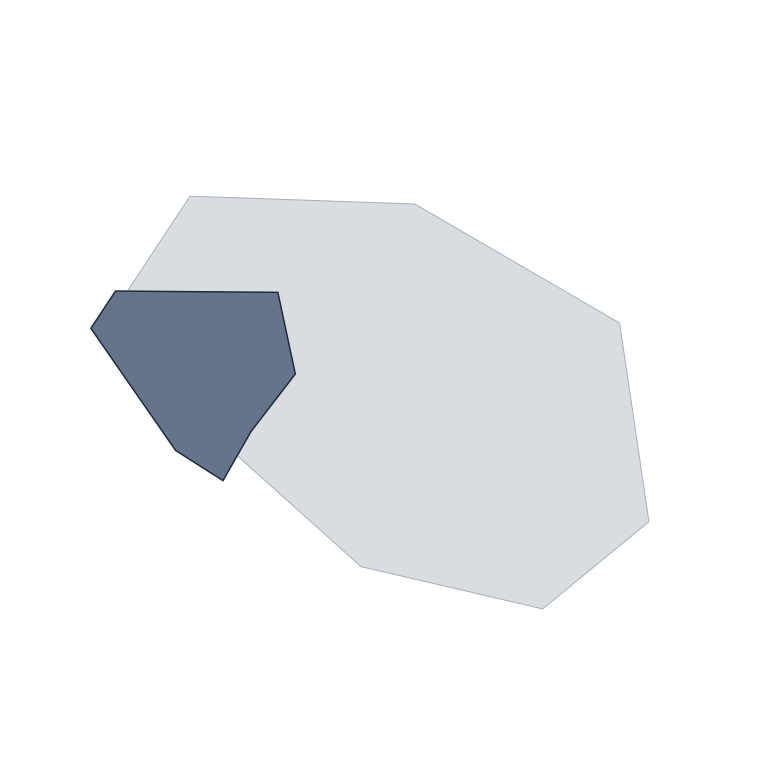 Meneng highlighted on a map of Nauru, rotated 109°
{"feature_id": "NRU-4982", "entity_name": "Meneng", "entity_type": "state/province", "adm_level": 1, "iso_a3": "NRU", "parent_name": "Nauru", "parent_adm1": "", "projection": "equal_earth", "projection_center": [166.942, -0.541], "detail": "fine", "context": "in_parent", "style": "filled", "palette": "slate", "viewbox_px": 768, "rotation_deg": 109, "n_neighbors": 0, "source": "natural_earth", "source_scale": "10m", "svg_char_len": 424}
<svg xmlns="http://www.w3.org/2000/svg" viewBox="0 0 768 768"><g transform="rotate(109 384 384)"><path d="M564.2,346.2L427.9,669.2L269.6,628.6L203.8,413.5L249.7,181.0L427.9,88.7L545.0,160.7L564.2,346.2Z" fill="#d9dde1" stroke="#a8b0b8" stroke-width="1"/><path d="M527.8,504.8L514.7,559.4L426.8,679.3L383.5,668.1L331.9,514.2L403.4,471.1L472.3,494.3L527.8,504.8Z" fill="#64748b" stroke="#1e293b" stroke-width="1.5"/></g></svg>